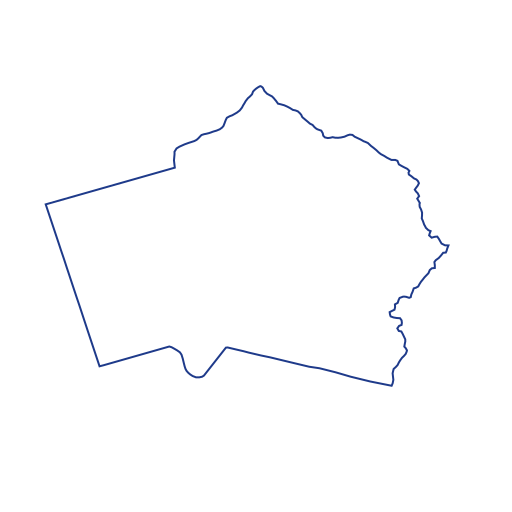 outline of Nyatike, Nyanza, Kenya, rotated 344°
{"feature_id": "3690345B78921482472620", "entity_name": "Nyatike", "entity_type": "district", "adm_level": 2, "iso_a3": "KEN", "parent_name": "Kenya", "parent_adm1": "Nyanza", "projection": "mercator", "projection_center": [34.221, -0.928], "detail": "fine", "context": "isolated", "style": "outline", "palette": "blue", "viewbox_px": 512, "rotation_deg": 344, "n_neighbors": 0, "source": "geoboundaries", "source_scale": "gbopen_adm2", "svg_char_len": 3640}
<svg xmlns="http://www.w3.org/2000/svg" viewBox="0 0 512 512"><g transform="rotate(344 256 256)"><path d="M307.8,94.5L306.9,93.9L306.1,94.0L304.1,94.5L302.1,95.2L300.2,96.1L298.5,97.1L297.3,98.7L296.9,99.3L296.2,99.8L293.9,101.1L291.7,102.1L288.7,104.3L287.0,106.0L285.2,107.6L283.4,109.5L280.5,111.6L277.2,112.9L274.8,113.5L271.9,114.2L269.2,114.4L266.1,115.1L264.6,116.7L263.0,118.8L262.6,119.4L261.9,120.3L260.6,122.0L258.8,123.2L256.1,124.2L252.6,124.6L249.5,124.6L247.8,124.7L246.9,124.8L244.7,124.9L242.0,124.8L239.7,124.6L236.9,124.7L235.0,125.8L233.0,127.0L230.9,128.0L228.4,128.5L225.9,128.6L222.5,128.7L218.1,129.0L212.5,129.8L209.3,130.7L206.4,133.3L205.8,135.5L205.4,136.6L205.0,137.6L203.5,141.5L202.3,148.7L68.1,148.4L68.9,167.2L69.9,190.7L70.1,196.0L70.3,200.2L70.5,204.2L70.6,206.4L70.8,212.1L70.9,215.0L71.2,222.0L71.6,232.0L72.2,246.6L72.6,254.8L73.6,280.7L75.2,318.9L79.4,319.0L147.7,319.1L149.7,320.4L151.8,322.5L154.1,324.9L156.3,327.6L157.2,330.3L157.3,334.5L157.1,339.1L157.0,342.4L157.1,345.0L157.6,347.3L158.7,349.6L160.1,351.7L162.0,353.9L164.9,356.1L168.1,357.0L170.9,357.2L173.0,356.6L201.8,335.8L203.5,336.1L211.5,340.6L217.8,344.1L222.3,346.8L233.4,353.0L241.8,357.4L250.6,362.4L263.3,369.6L276.6,377.1L286.1,381.4L300.4,389.7L313.7,398.1L331.2,408.1L350.6,418.1L352.3,416.0L353.9,412.9L354.5,409.3L355.0,406.4L356.1,404.4L357.2,402.5L359.7,401.3L362.0,399.9L364.1,397.6L366.0,395.9L368.3,394.1L370.6,392.9L372.9,391.4L374.5,389.4L375.1,388.3L374.5,385.8L373.6,384.0L374.6,381.9L376.0,379.2L376.5,377.2L376.0,374.2L375.5,371.2L374.9,368.6L372.6,367.4L371.9,364.5L374.3,362.6L376.9,362.4L377.8,360.5L378.2,358.0L377.3,355.5L374.2,354.4L371.3,353.0L368.8,351.2L368.7,350.4L368.7,349.0L369.0,346.8L371.9,346.2L374.3,345.8L375.4,343.9L375.7,343.2L376.2,340.8L379.3,340.1L380.7,338.0L381.2,337.3L382.5,335.9L383.9,335.8L385.2,335.7L386.1,335.6L387.3,335.9L389.0,336.6L391.7,338.4L392.5,338.3L393.4,338.2L394.7,335.8L396.6,333.6L398.7,330.6L400.9,330.6L403.5,330.0L405.4,328.1L407.4,326.3L409.7,324.7L412.0,323.0L414.4,321.6L417.0,320.1L419.2,317.4L421.6,316.3L424.6,316.8L425.4,313.9L425.8,311.0L427.6,309.6L431.1,308.3L434.0,306.5L436.8,304.5L439.4,305.0L440.6,303.6L441.9,301.5L443.9,298.9L440.6,297.8L437.8,295.2L437.1,292.5L436.5,289.9L435.6,287.3L433.1,286.8L429.9,286.8L428.1,283.9L429.3,282.0L430.7,280.2L428.8,278.7L427.0,275.6L426.9,274.6L426.3,272.1L426.1,268.6L425.7,265.6L426.7,263.0L427.6,260.1L427.5,256.8L426.9,253.9L427.3,251.8L427.6,250.9L428.1,250.2L427.0,246.2L426.8,245.3L429.3,243.4L428.8,240.4L427.6,238.1L426.9,236.0L428.6,234.6L430.9,232.9L432.7,230.9L432.3,228.6L431.3,226.7L429.3,225.0L427.3,222.1L425.4,219.8L425.6,217.9L426.9,216.5L426.4,215.6L425.5,214.0L424.9,213.4L423.1,211.8L420.8,209.6L418.6,207.3L418.2,203.5L416.3,202.0L412.7,201.0L410.5,199.0L408.9,197.5L406.9,195.2L404.1,192.5L402.5,190.3L400.9,187.5L398.7,184.3L396.9,181.9L394.7,178.2L392.4,176.3L391.7,175.8L391.0,175.3L389.9,174.1L388.5,172.7L387.0,171.4L385.3,169.9L383.7,168.5L382.1,166.2L379.7,165.2L377.3,165.2L374.0,165.7L370.4,165.5L367.5,165.0L364.7,164.1L362.4,162.9L359.9,162.8L357.5,162.4L354.9,161.0L353.8,158.9L354.0,156.4L353.3,153.5L351.3,152.1L350.6,151.6L349.8,151.0L348.8,149.9L347.7,148.2L346.5,145.6L344.3,143.6L342.9,141.4L341.2,138.9L339.8,136.8L339.1,135.8L338.7,135.0L338.4,132.8L337.5,130.8L336.1,128.5L334.0,126.9L331.7,125.7L329.4,123.1L327.2,121.0L324.7,118.9L321.6,117.0L319.1,115.6L318.9,114.9L318.2,113.0L317.9,112.1L317.2,110.7L316.9,109.8L316.5,109.0L315.4,107.0L313.5,105.2L311.3,103.0L309.6,99.7L309.0,96.4L308.7,95.7L307.8,94.5Z" fill="none" stroke="#1e3a8a" stroke-width="2"/></g></svg>